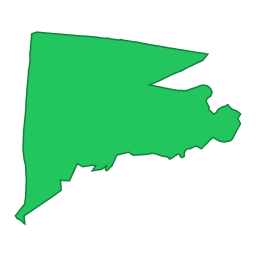 Taniche, Oaxaca, Mexico (orthographic projection)
{"feature_id": "50627088B3574093962845", "entity_name": "Taniche", "entity_type": "district", "adm_level": 2, "iso_a3": "MEX", "parent_name": "Mexico", "parent_adm1": "Oaxaca", "projection": "orthographic", "projection_center": [-96.759, 16.568], "detail": "fine", "context": "isolated", "style": "filled", "palette": "green", "viewbox_px": 256, "rotation_deg": 0, "n_neighbors": 0, "source": "geoboundaries", "source_scale": "gbopen_adm2", "svg_char_len": 4858}
<svg xmlns="http://www.w3.org/2000/svg" viewBox="0 0 256 256"><path d="M207.8,54.2L204.7,53.6L204.4,53.5L200.7,53.0L193.8,52.0L188.9,51.1L176.7,49.2L173.1,48.5L172.6,48.4L172.4,48.4L169.7,48.1L163.4,46.9L161.7,46.6L160.0,46.4L159.6,46.3L152.5,45.1L148.8,44.6L146.8,44.0L145.4,43.8L141.1,43.0L136.3,42.1L135.7,42.0L133.7,41.8L123.3,40.2L120.9,39.5L119.8,40.1L115.7,39.6L110.5,38.9L107.4,38.1L106.8,38.3L102.8,38.2L100.5,37.8L99.2,37.6L96.9,37.2L96.7,37.2L93.6,36.9L84.9,36.1L80.0,35.9L76.0,35.6L75.9,35.5L66.9,34.8L66.7,34.8L52.3,33.5L45.8,33.0L42.2,32.6L36.5,32.1L31.7,33.9L31.2,40.9L30.5,47.6L30.7,48.5L30.0,52.1L29.9,55.1L30.1,59.5L29.4,66.0L28.5,71.0L28.4,75.4L28.0,79.0L27.6,82.7L26.8,91.7L26.8,92.1L26.7,95.6L26.3,98.6L26.2,99.9L26.0,105.4L25.4,114.0L23.6,131.5L23.6,134.3L23.1,144.5L23.1,150.7L23.8,156.3L24.2,159.6L25.7,165.8L25.8,170.5L26.4,180.0L25.9,191.0L25.6,196.0L25.7,196.5L25.1,200.5L24.7,204.0L21.7,207.7L18.9,211.2L17.2,213.5L15.4,215.8L16.8,218.2L20.3,220.0L21.3,220.8L23.5,222.9L24.9,223.9L23.9,216.0L54.1,195.4L61.3,190.1L60.4,180.3L69.5,180.8L77.1,164.1L77.2,163.7L82.8,166.7L88.4,165.8L92.5,165.2L95.7,165.8L92.2,170.8L100.4,169.5L102.1,169.2L107.0,165.0L105.4,168.6L105.6,170.0L106.8,170.7L112.1,165.6L116.8,155.1L128.5,152.2L130.3,153.2L130.5,153.3L130.8,153.5L131.2,153.9L131.6,154.3L132.3,154.8L133.0,155.1L133.6,155.1L134.2,155.1L135.1,155.1L135.7,155.0L136.4,155.0L136.7,155.0L137.2,154.9L137.7,154.9L138.4,154.8L138.9,154.8L139.4,154.8L140.0,154.8L140.5,154.7L141.0,154.7L141.6,154.7L142.3,154.6L142.6,154.6L143.3,154.6L144.0,154.5L144.7,154.6L145.1,154.5L145.5,154.4L146.1,154.4L146.8,154.3L147.3,154.3L147.8,154.2L148.6,153.9L149.2,153.9L150.1,153.7L150.6,153.6L151.2,153.6L151.7,153.5L152.4,153.4L153.2,153.4L153.8,153.4L154.6,153.6L155.3,153.8L156.8,154.2L157.6,154.5L158.2,154.7L160.3,155.4L161.0,155.6L161.4,155.8L162.3,156.0L162.8,156.1L163.3,156.3L164.4,156.5L164.9,156.5L165.5,156.5L166.1,156.6L167.0,156.8L167.4,157.0L167.6,157.1L168.3,157.4L168.5,157.7L168.6,157.9L168.8,158.2L169.0,158.6L169.3,158.9L169.4,159.0L169.6,159.1L169.8,159.1L170.3,158.9L170.6,158.7L171.3,158.4L172.0,158.0L172.7,157.6L174.4,156.2L175.4,155.6L176.3,155.1L177.0,154.7L177.3,154.2L178.1,154.0L178.8,154.0L179.3,154.3L179.6,154.9L179.8,155.3L180.2,156.0L180.5,156.6L180.7,157.0L181.2,157.3L181.7,157.4L182.4,157.4L182.9,157.2L183.4,156.9L183.8,156.6L184.2,156.2L184.4,155.6L184.3,154.8L184.3,153.8L184.3,153.0L184.7,152.3L185.0,151.5L185.4,150.5L186.1,149.6L187.3,149.0L188.9,148.7L189.6,148.7L190.2,148.7L190.4,148.7L190.8,148.5L191.0,148.3L191.4,147.9L191.9,147.8L192.3,147.7L192.6,147.6L193.2,147.3L193.4,147.0L193.8,146.7L194.5,146.4L195.4,146.2L196.3,146.2L196.9,146.3L197.5,146.5L198.7,147.2L199.4,147.6L200.2,148.2L200.7,148.5L201.6,148.6L202.2,148.2L203.1,146.9L203.9,146.2L205.1,144.9L206.1,144.0L206.5,143.7L207.0,143.1L207.5,142.6L208.1,142.1L208.6,141.3L209.5,140.4L210.4,139.7L211.0,139.2L211.7,138.5L212.1,138.1L212.5,137.7L213.0,137.5L213.4,137.6L213.9,137.8L214.6,138.2L215.1,138.7L215.6,138.9L216.2,139.3L216.5,139.5L217.0,139.8L217.7,140.1L218.4,140.5L219.1,140.8L219.9,141.2L220.4,141.3L221.0,141.4L221.5,141.6L222.0,141.6L222.6,141.8L223.5,141.9L224.5,141.9L225.6,141.8L226.0,141.7L226.4,141.6L226.8,141.5L227.2,141.5L227.7,141.4L228.2,141.3L229.0,141.1L229.5,141.0L229.9,140.8L230.3,140.7L230.6,140.6L230.9,140.5L232.7,138.5L234.4,135.0L235.7,132.5L235.9,132.1L240.5,123.6L238.1,119.1L238.1,118.9L238.0,118.3L240.6,113.9L237.3,111.3L231.7,109.0L229.5,106.7L228.7,105.8L227.8,104.6L227.0,105.1L226.1,105.6L225.3,106.2L224.6,106.4L224.0,106.5L223.2,106.5L222.3,107.0L220.9,107.8L220.0,108.3L219.1,108.8L218.1,109.6L217.7,110.0L217.2,110.7L216.9,111.3L216.8,111.6L216.6,112.1L216.2,112.6L215.5,113.1L214.7,113.5L214.0,113.9L213.8,114.1L213.3,113.7L212.4,112.7L211.1,111.5L210.4,110.9L209.6,110.3L209.2,109.9L209.0,109.6L208.8,109.3L208.8,109.2L208.8,108.9L208.8,108.7L208.9,108.4L209.1,107.9L209.1,107.6L209.2,107.3L209.1,106.8L208.9,106.5L208.7,106.2L208.5,105.8L207.9,104.9L207.4,103.9L206.7,102.6L206.4,102.1L206.3,101.9L206.3,101.7L206.3,101.4L206.4,100.9L206.3,100.3L206.5,99.9L207.0,98.9L207.6,98.1L208.1,97.7L208.8,97.3L209.5,96.9L210.3,96.3L210.9,95.7L211.2,94.9L211.3,94.8L212.0,92.1L211.9,91.6L211.3,90.4L210.7,88.9L209.7,87.8L208.1,86.3L207.1,85.8L205.6,85.6L203.9,85.1L202.5,85.2L200.0,85.7L197.1,87.1L193.8,88.1L191.4,88.8L190.1,89.4L188.6,89.7L187.7,90.3L186.7,90.6L185.3,90.6L183.0,90.6L180.6,90.3L179.5,90.6L179.2,90.8L178.9,90.8L178.4,90.4L177.4,90.4L169.5,89.0L168.1,88.7L166.6,88.4L165.9,88.3L159.2,86.9L158.7,86.8L150.2,85.0L149.6,85.0L150.1,84.7L150.7,84.4L157.2,81.6L159.0,80.9L161.8,79.6L162.9,78.9L164.6,78.0L165.9,77.5L171.1,75.0L171.7,74.6L179.7,71.4L181.9,70.6L186.4,68.0L186.9,67.8L193.4,64.8L195.4,63.7L202.1,60.7L202.5,60.6L207.8,54.2Z" fill="#22c55e" stroke="#15803d" stroke-width="1.5"/></svg>